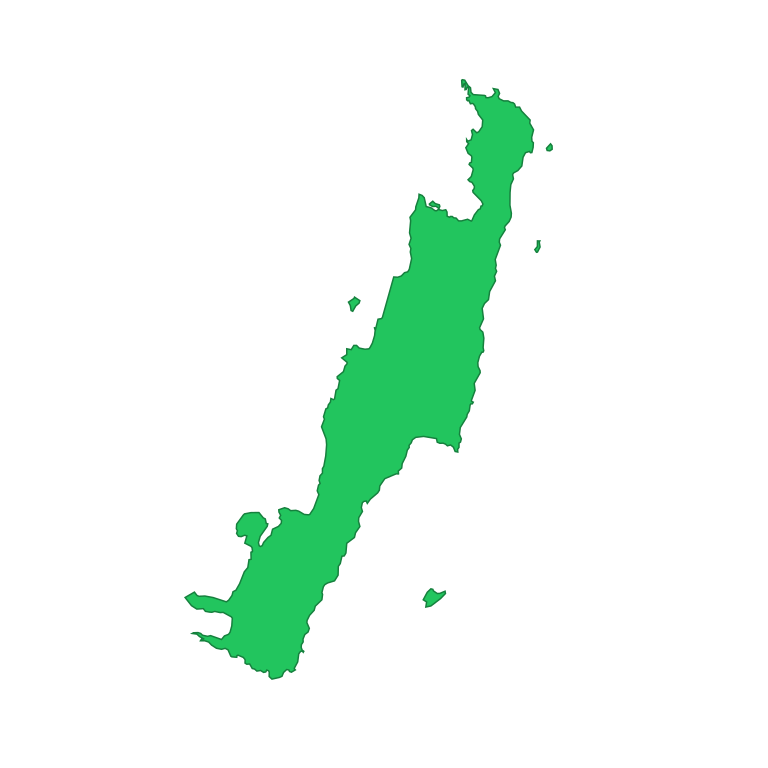 Kritis, Kriti, Greece (orthographic projection), rotated 288°
{"feature_id": "26713481B79456911033966", "entity_name": "Kritis", "entity_type": "district", "adm_level": 2, "iso_a3": "GRC", "parent_name": "Greece", "parent_adm1": "Kriti", "projection": "orthographic", "projection_center": [24.889, 35.249], "detail": "fine", "context": "isolated", "style": "filled", "palette": "green", "viewbox_px": 768, "rotation_deg": 288, "n_neighbors": 0, "source": "geoboundaries", "source_scale": "gbopen_adm2", "svg_char_len": 6122}
<svg xmlns="http://www.w3.org/2000/svg" viewBox="0 0 768 768"><g transform="rotate(288 384 384)"><path d="M135.9,304.8L130.4,303.1L128.1,301.4L128.1,287.5L127.0,279.2L124.9,273.6L125.1,271.5L127.5,268.0L119.5,260.8L113.7,269.4L112.1,275.5L114.5,281.6L112.6,284.4L113.1,288.2L113.7,290.8L115.4,293.3L116.0,298.9L117.1,301.6L115.4,310.7L114.4,312.1L106.9,314.0L100.3,314.3L97.9,313.5L95.1,310.1L90.8,308.4L91.1,296.8L89.5,294.2L89.0,289.0L90.1,286.8L90.1,283.9L88.5,279.6L87.5,278.7L88.3,283.4L86.8,286.5L85.8,291.9L85.0,289.3L83.1,288.8L84.4,292.9L84.4,297.0L82.4,300.7L80.9,306.3L81.5,311.5L83.5,314.6L83.0,317.8L77.8,322.4L77.5,323.6L78.6,328.4L80.3,328.1L81.0,329.0L80.5,334.7L78.9,337.1L75.6,338.1L75.1,340.1L76.2,342.8L72.7,346.6L72.9,349.0L71.7,351.8L73.4,355.2L72.5,358.6L73.6,360.5L75.7,360.9L75.6,362.8L74.7,363.8L70.3,365.2L68.7,368.6L72.6,375.2L74.5,377.3L78.6,377.6L82.4,379.7L82.6,381.9L81.4,383.0L81.3,385.0L84.7,388.0L85.4,386.7L86.3,386.6L93.0,387.8L101.0,386.3L103.7,387.2L104.8,388.7L103.9,390.1L105.0,390.3L105.7,388.3L108.0,386.6L110.6,386.0L113.7,386.8L116.4,385.8L121.3,386.1L124.6,388.4L128.5,388.5L133.2,384.4L135.4,383.9L141.0,384.7L147.2,387.5L151.5,387.3L159.6,391.6L164.9,390.6L166.4,389.4L172.4,389.0L174.9,389.7L177.4,391.9L181.5,397.8L188.0,399.4L196.5,396.9L199.7,397.9L207.2,397.2L208.2,399.3L211.5,400.0L221.0,397.8L228.9,403.3L233.7,402.9L241.0,405.1L245.5,402.2L249.1,401.3L256.1,402.9L259.5,400.6L264.4,400.1L266.2,401.2L267.2,403.3L265.3,405.0L270.3,406.6L278.5,411.6L281.5,412.4L285.8,411.5L294.2,414.0L302.3,423.3L302.9,425.3L302.5,425.8L305.6,424.5L309.5,426.8L313.9,425.9L322.0,427.1L328.3,426.6L331.4,427.6L333.4,426.8L336.5,428.1L339.7,428.2L343.1,430.7L346.4,437.9L348.3,450.8L345.1,452.6L344.9,455.5L346.0,458.5L345.8,461.2L344.8,463.4L346.6,466.2L345.3,469.6L341.8,472.5L342.1,475.2L344.6,474.2L346.9,474.9L351.0,473.6L352.4,474.7L355.7,474.5L359.4,471.3L366.2,470.0L378.2,472.9L380.8,472.5L384.8,473.4L390.6,472.4L391.9,472.7L392.5,474.2L394.3,474.5L394.5,472.7L395.6,472.2L406.1,472.6L412.5,469.6L424.4,472.0L426.4,471.2L429.6,468.1L433.3,466.6L440.0,466.2L444.5,467.2L444.8,468.3L446.4,468.6L449.3,467.0L458.4,464.8L462.9,462.5L463.9,461.9L465.5,458.5L467.1,457.5L476.7,458.5L486.3,454.0L491.6,454.7L496.5,457.3L504.6,455.9L516.6,458.1L520.7,455.7L526.0,456.3L528.3,454.3L531.6,454.0L536.8,451.3L552.0,451.9L554.5,449.8L557.8,449.1L568.2,451.7L569.9,450.3L571.6,450.3L577.2,452.8L582.0,453.3L585.7,452.4L593.0,448.5L605.1,444.7L612.8,443.0L619.1,443.7L622.9,441.6L624.8,442.0L628.3,445.3L633.9,447.7L642.6,446.2L647.7,447.1L650.1,450.4L649.2,451.8L649.8,453.1L655.1,452.7L659.6,451.5L660.6,449.7L664.3,448.2L671.9,447.7L677.1,442.0L680.2,441.4L686.1,430.5L689.2,427.4L688.0,423.7L690.7,421.6L691.4,419.7L691.0,417.6L691.6,414.5L690.2,410.3L690.9,405.4L692.8,403.7L696.1,404.1L699.3,401.4L698.7,396.7L695.5,399.9L690.7,397.9L688.4,394.5L687.9,392.4L689.4,391.5L689.5,390.4L686.8,379.5L688.3,376.6L692.5,374.7L693.7,371.8L697.9,366.9L697.6,364.5L696.9,364.0L690.8,366.4L690.8,367.3L694.1,367.3L694.9,368.3L688.9,370.1L689.5,371.1L691.9,371.4L692.4,372.0L691.8,372.9L685.6,374.4L684.6,376.7L682.9,376.1L681.8,374.1L679.8,374.8L679.2,376.1L679.9,377.0L677.2,379.6L678.2,381.5L678.0,382.6L675.9,385.2L674.1,386.0L672.2,388.8L669.6,390.4L665.6,396.3L659.0,397.9L653.2,396.2L651.6,394.6L653.8,390.0L652.1,388.9L648.5,391.1L643.1,391.4L640.8,388.6L642.0,387.1L640.0,387.8L638.7,390.2L634.0,388.8L629.3,392.8L628.1,396.5L626.8,397.5L621.8,398.6L620.7,397.2L619.1,397.1L616.8,401.7L615.4,402.6L608.3,402.9L604.2,400.8L603.0,403.0L603.0,405.3L600.1,408.8L597.9,409.4L595.4,408.6L593.8,409.5L588.4,419.8L585.7,422.5L583.6,422.2L583.2,421.3L580.3,421.4L579.0,419.9L572.8,417.7L566.5,417.1L565.9,416.6L566.5,412.6L563.0,407.2L562.2,404.5L564.1,401.3L563.6,399.0L564.4,397.1L563.8,395.3L562.8,394.8L563.1,392.2L567.0,390.8L568.8,388.9L567.0,385.9L566.8,381.7L565.1,380.6L564.6,379.0L566.1,374.4L565.8,369.3L573.6,364.7L575.1,362.0L575.3,358.7L571.9,359.6L562.4,359.5L559.4,360.2L550.6,357.2L547.5,358.9L535.6,361.6L531.0,364.7L524.5,364.7L521.2,367.7L517.7,368.2L511.9,371.5L500.9,372.6L498.0,371.9L496.2,369.1L492.1,367.1L489.8,364.1L488.8,360.2L447.0,361.9L445.5,361.5L443.8,358.3L432.9,359.1L435.1,357.2L432.4,359.0L427.1,360.1L419.3,360.3L414.2,359.4L412.8,358.8L411.2,355.2L410.5,349.3L412.2,346.0L411.4,343.4L406.5,342.2L406.0,337.7L400.4,339.5L395.8,335.7L393.2,342.2L391.8,342.6L389.0,341.4L383.2,341.6L376.5,337.2L374.8,337.9L373.7,340.7L365.3,341.7L363.3,340.3L354.5,341.6L353.5,340.8L353.8,338.0L350.2,338.6L347.0,337.5L343.8,337.8L342.4,336.4L334.1,336.6L332.2,338.2L324.0,337.8L313.9,345.9L308.5,348.2L297.7,350.8L287.2,352.2L284.5,351.6L280.2,353.0L276.9,351.5L272.2,352.1L269.6,354.0L267.6,353.0L261.8,353.5L258.7,356.2L243.8,355.6L237.1,353.7L236.3,352.8L235.3,348.4L236.7,342.2L236.6,339.2L234.7,334.4L235.7,331.4L235.6,327.7L231.9,322.8L229.7,323.7L227.2,326.3L224.2,325.8L222.6,328.7L219.7,329.3L215.9,327.6L211.5,322.9L205.2,323.3L202.2,321.1L196.2,318.5L192.6,318.1L191.3,316.8L191.6,315.3L194.3,313.6L200.9,313.3L212.5,316.9L215.1,316.7L215.0,315.1L219.0,312.8L219.4,310.5L223.1,304.8L220.6,297.3L217.4,291.5L216.0,290.7L205.2,287.2L200.7,288.3L199.2,289.9L196.3,290.0L194.2,292.7L194.7,295.3L197.1,298.2L197.2,300.5L189.6,300.8L188.6,307.4L187.7,309.0L184.4,310.6L183.6,310.5L183.2,309.6L182.7,309.5L176.2,311.8L175.2,309.9L167.3,311.2L162.3,309.2L149.5,308.4L142.1,306.9L139.8,304.6L135.9,304.8ZM203.7,491.9L199.3,489.5L190.9,488.0L189.9,491.9L184.8,492.7L187.4,497.2L197.4,504.1L203.7,507.2L205.8,506.1L202.1,501.8L201.2,499.4L202.5,495.0L203.8,493.9L203.7,491.9ZM450.9,324.9L448.2,327.7L443.7,330.0L443.5,331.8L449.5,333.0L453.2,335.3L455.8,335.3L457.5,329.1L456.1,329.0L450.9,324.9ZM570.2,382.2L571.5,381.3L571.4,377.0L572.9,373.9L569.2,371.5L568.5,371.9L567.8,375.4L569.1,378.6L567.8,382.1L570.2,382.2ZM568.2,488.0L567.5,485.7L562.1,487.4L558.4,485.9L556.4,488.3L556.9,489.2L562.5,490.1L566.9,487.8L568.2,488.0ZM659.2,471.4L662.5,470.2L663.9,468.2L658.4,465.7L656.5,467.0L657.0,469.7L659.2,471.4Z" fill="#22c55e" stroke="#15803d" stroke-width="1.5"/></g></svg>